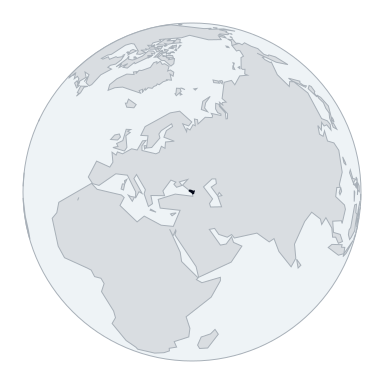 Abkhazia on an orthographic globe
{"feature_id": "GEO-3015", "entity_name": "Abkhazia", "entity_type": "Autonomous Republic", "adm_level": 1, "iso_a3": "GEO", "parent_name": "Georgia", "parent_adm1": "", "projection": "orthographic", "projection_center": [41.203, 42.991], "detail": "fine", "context": "on_globe", "style": "filled", "palette": "ink", "viewbox_px": 384, "rotation_deg": 0, "n_neighbors": 0, "source": "natural_earth", "source_scale": "10m", "svg_char_len": 10983}
<svg xmlns="http://www.w3.org/2000/svg" viewBox="0 0 384 384"><circle cx="192" cy="192" r="169" fill="#eef3f6" stroke="#a8b0b8"/><path d="M163.3,25.5L164.5,25.4L159.9,26.2L161.5,26.1L167.5,25.3L171.0,24.8L184.7,26.4L203.9,28.6L211.4,28.3L208.6,29.4L223.8,28.9L235.1,31.2L221.4,29.2L219.3,29.7L226.6,31.4L226.0,32.2L229.2,33.7L227.8,34.7L219.9,33.9L218.9,34.7L224.1,35.9L226.1,38.0L218.6,36.0L221.2,39.6L208.5,39.8L189.6,35.3L181.6,37.7L159.6,39.5L160.7,40.8L153.0,42.9L151.4,45.3L147.8,45.3L149.6,47.2L153.3,46.8L155.3,47.6L154.7,49.1L149.9,49.2L149.6,48.5L147.9,49.4L145.8,48.9L146.4,50.0L140.8,50.2L145.4,52.3L140.1,54.4L136.6,54.0L138.3,51.0L134.3,44.1L131.3,43.5L125.4,45.2L111.5,54.3L107.6,55.1L101.4,58.4L102.9,59.1L108.3,56.8L109.5,59.3L116.0,56.7L117.5,57.5L123.6,56.4L121.2,59.9L115.6,64.1L110.4,65.3L107.8,67.3L111.5,69.1L100.8,74.8L91.7,84.6L89.1,85.9L86.0,82.6L89.0,74.7L85.0,72.0L86.1,77.3L79.5,81.2L77.8,83.5L77.3,85.6L79.2,85.6L76.6,87.9L74.6,83.0L76.9,80.9L77.5,82.3L78.9,78.8L77.5,76.3L74.2,78.8L75.6,73.4L73.3,75.3L72.3,75.4L75.8,72.6L69.4,77.7L70.5,74.7L68.0,77.2L76.7,68.5L85.9,60.5L95.8,53.1L106.1,46.5L116.8,40.7L128.0,35.6L139.5,31.4L151.3,28.0L163.3,25.5ZM24.2,172.6L23.7,177.9L23.2,185.9L23.1,186.3L24.2,172.6ZM23.1,197.9L25.2,215.8L28.5,230.7L29.8,238.2L29.8,239.2L26.4,225.7L24.2,211.8L23.1,197.9ZM172.6,24.6L167.6,25.2L162.5,25.8L166.7,25.1L172.6,24.6ZM182.3,24.6L179.9,24.8L178.3,24.4L180.2,24.3L182.3,24.6ZM216.9,28.2L212.9,27.6L216.9,27.9L216.9,28.2ZM229.9,33.7L231.2,33.7L232.3,34.5L229.9,33.7ZM124.5,54.6L124.0,55.4L123.1,55.2L124.5,54.6ZM127.5,53.3L126.8,52.4L128.1,51.7L128.6,52.3L127.5,53.3ZM231.2,36.9L232.6,38.4L229.8,36.7L231.2,36.9ZM128.1,54.7L130.6,50.6L133.0,49.5L136.6,50.8L128.1,54.7ZM232.5,39.2L235.9,43.2L239.1,43.3L232.0,45.5L231.4,41.2L227.5,39.0L231.0,39.8L232.5,39.2ZM154.7,46.0L150.8,46.6L154.6,44.8L154.7,46.0ZM156.6,44.8L165.4,38.9L170.8,39.2L166.8,40.9L174.3,40.4L172.6,43.3L168.1,44.3L164.9,43.5L166.7,45.3L156.6,44.8ZM227.5,46.3L227.1,47.3L226.0,46.1L227.5,46.3ZM156.4,47.8L157.7,46.5L162.5,46.5L160.7,49.2L159.7,48.3L156.4,47.8ZM177.0,38.9L180.3,39.6L179.8,42.1L181.0,42.7L173.0,43.4L177.0,38.9ZM158.3,49.0L159.7,50.6L156.9,52.0L155.4,49.1L158.3,49.0ZM164.4,45.5L166.6,45.7L164.8,46.4L164.4,45.5ZM147.7,58.2L149.2,56.4L151.8,56.2L147.7,58.2ZM160.5,51.1L161.4,50.6L162.6,50.4L162.9,51.7L160.5,51.1ZM173.2,45.2L172.4,46.2L176.5,45.1L176.3,47.1L171.0,47.3L173.2,48.1L173.2,48.7L168.9,48.2L173.2,45.2ZM166.9,52.5L160.0,53.7L156.8,57.0L154.3,57.2L160.0,51.9L166.9,52.5ZM168.4,50.0L166.9,51.5L164.7,50.8L164.3,49.3L168.4,50.0ZM178.1,48.5L179.8,45.3L180.9,45.4L178.1,48.5ZM166.4,53.5L168.0,53.2L166.4,53.9L166.4,53.5ZM175.0,50.1L175.4,49.0L176.7,49.1L175.0,50.1ZM171.0,53.7L168.8,54.1L168.4,53.0L171.0,53.7ZM173.2,52.2L174.8,52.7L169.7,52.4L173.2,51.6L173.2,52.2ZM176.1,50.5L177.0,50.2L175.7,51.0L176.1,50.5ZM173.4,57.8L167.0,57.7L166.4,55.3L172.6,55.6L173.4,57.8ZM58.2,246.2L52.2,218.3L56.8,212.7L58.8,202.3L91.5,183.4L97.1,189.3L121.4,195.0L124.2,197.5L120.0,205.5L137.1,221.9L144.2,216.1L161.1,225.2L173.3,226.4L180.1,210.3L160.2,208.1L158.2,199.4L175.2,194.1L192.8,196.3L192.5,193.0L182.6,185.1L187.8,179.4L179.3,181.9L181.9,185.5L176.6,187.3L173.9,184.2L175.9,182.1L170.9,180.1L162.9,190.9L164.6,195.7L150.9,195.5L152.5,203.7L148.4,206.5L144.1,193.8L145.4,189.7L136.5,174.5L133.9,178.6L142.1,193.5L139.0,191.7L135.5,198.2L135.7,191.9L127.4,175.2L115.8,173.8L99.0,185.4L92.6,183.6L88.3,177.0L96.6,161.1L109.8,167.1L112.9,162.2L112.0,152.2L116.1,155.1L117.4,151.9L122.6,153.8L131.6,148.8L137.2,150.0L142.5,140.9L146.0,140.4L141.9,145.8L142.0,150.5L155.9,153.8L159.1,152.4L161.4,146.3L165.0,148.3L165.5,142.0L174.3,141.2L163.9,137.2L166.4,130.6L172.6,126.5L171.6,123.8L161.3,130.6L158.9,134.0L159.9,138.0L151.7,147.5L146.5,148.0L148.0,135.8L140.8,135.4L145.1,126.6L170.1,112.9L179.7,111.2L191.8,122.0L188.6,125.9L182.7,123.8L186.6,131.7L187.0,128.2L190.0,130.0L193.0,124.7L195.3,125.7L194.4,119.0L197.5,119.7L198.0,124.0L205.2,117.3L212.1,117.6L212.6,115.6L211.3,113.4L220.9,115.5L220.9,114.0L217.7,112.7L215.6,108.9L215.7,103.3L219.0,104.3L219.5,106.5L225.4,112.9L226.0,118.9L227.4,118.7L227.6,113.8L220.4,106.0L219.5,102.3L223.4,105.5L221.9,104.0L222.5,102.5L226.2,102.1L222.1,98.5L224.1,82.3L231.5,80.4L234.8,84.8L239.7,75.9L247.6,75.2L244.7,73.9L245.0,69.3L242.6,69.4L241.2,68.4L241.0,57.6L243.5,56.2L240.1,50.9L238.6,50.3L236.5,51.0L232.0,45.5L239.1,43.3L242.1,44.7L244.5,42.8L251.2,46.3L257.8,48.6L263.7,54.2L268.4,55.9L268.8,54.9L275.4,56.9L287.9,64.6L276.1,62.2L257.1,53.2L264.7,57.0L262.5,57.4L264.9,59.7L270.3,62.5L271.3,62.0L277.3,74.7L289.3,86.5L289.7,81.6L293.8,81.8L307.8,92.9L321.6,118.6L327.3,120.8L330.2,124.4L331.0,130.0L326.7,124.8L324.1,126.0L321.6,122.4L321.4,130.2L317.8,125.5L319.5,134.2L323.1,136.3L324.5,130.9L327.5,141.0L333.9,142.9L338.8,150.3L342.2,172.2L339.4,184.3L340.1,187.3L336.8,187.5L335.7,196.6L344.5,205.0L345.4,209.3L342.1,223.5L341.4,220.7L332.7,221.2L333.5,232.4L340.2,234.4L342.5,241.5L338.4,243.3L335.7,237.2L332.6,237.2L331.8,228.1L325.9,217.7L321.7,224.5L320.4,219.0L311.7,212.2L304.7,221.5L294.5,244.1L295.8,258.3L291.1,266.8L278.9,251.5L274.0,238.6L269.2,241.9L256.9,233.1L234.4,238.0L231.6,234.5L227.3,237.2L218.8,234.4L214.6,228.4L209.3,229.4L220.4,245.1L226.2,244.0L231.6,236.7L233.5,242.4L241.9,246.1L231.2,262.1L198.6,277.3L196.1,266.6L174.9,234.9L176.0,231.2L175.9,230.8L175.7,230.0L173.0,235.9L169.6,229.2L180.2,252.2L181.6,261.5L198.1,277.9L196.4,279.6L201.9,282.7L220.4,277.3L220.4,280.7L211.2,297.1L186.1,316.8L189.9,328.3L188.8,336.9L174.2,341.6L176.6,347.1L169.2,348.3L169.4,350.9L164.0,352.7L154.7,353.1L137.7,349.2L135.9,347.2L126.1,340.5L112.1,323.5L115.5,317.7L113.6,311.0L101.5,291.6L104.1,283.6L101.0,278.3L94.6,276.6L91.2,270.1L87.4,268.1L64.5,257.7L58.2,246.2ZM78.8,197.4L77.6,200.4L78.8,197.4ZM210.6,207.0L221.6,206.8L217.9,196.4L221.9,195.6L219.2,192.5L217.6,195.7L211.2,187.1L216.4,183.6L215.7,178.9L212.0,178.9L203.5,186.9L212.6,198.9L209.5,203.5L210.6,207.0ZM39.8,118.7L38.4,121.7L39.0,120.4L39.8,118.7ZM79.6,81.5L79.7,81.9L78.7,84.3L78.1,83.7L79.6,81.5ZM80.5,92.8L76.4,96.2L78.9,93.2L77.3,92.7L80.7,86.1L87.9,86.3L84.0,87.2L80.5,92.8ZM87.2,77.7L84.2,81.6L87.2,77.4L87.2,77.7ZM119.3,134.0L120.5,137.0L117.6,140.0L110.6,139.5L114.7,135.0L119.3,134.0ZM122.8,140.6L126.2,129.3L130.7,129.5L127.6,131.2L130.2,132.5L125.9,135.7L126.9,147.4L124.4,151.0L112.9,147.5L118.0,146.5L116.6,143.5L122.8,140.6ZM127.0,103.2L128.5,99.1L136.2,104.6L133.9,107.8L126.8,107.2L125.4,103.2L127.0,103.2ZM134.0,58.2L134.0,57.0L135.4,56.8L136.4,57.8L134.0,58.2ZM148.2,57.4L135.0,63.7L134.4,62.5L127.3,68.1L123.1,67.3L127.8,63.6L119.2,67.4L121.8,63.7L116.1,66.8L127.1,58.7L129.0,55.8L128.5,59.2L132.3,60.0L134.6,59.5L142.4,56.1L148.5,50.8L153.3,51.1L155.1,52.7L154.4,54.0L151.5,53.3L152.6,55.5L147.8,55.6L148.2,57.4ZM173.1,76.2L170.1,74.1L171.5,80.2L166.7,79.7L167.2,80.4L163.2,81.7L159.2,84.7L157.2,83.9L156.5,85.4L153.8,86.5L152.2,88.3L148.1,87.7L145.7,90.1L145.2,88.5L142.2,92.7L142.6,89.3L139.2,90.6L140.6,93.2L122.7,87.1L114.9,87.7L108.1,90.3L109.7,84.6L117.0,78.7L126.8,74.1L134.1,74.5L133.4,72.0L136.8,71.6L135.9,73.7L139.2,70.3L141.7,70.5L150.4,67.4L153.7,62.7L156.9,61.6L156.9,63.6L160.2,61.2L162.2,64.4L164.6,63.7L169.1,66.4L167.6,71.0L170.3,70.0L173.8,72.2L173.1,76.2ZM174.5,58.6L173.8,63.7L170.9,66.1L164.4,60.5L161.9,60.6L157.7,57.5L162.0,54.3L162.8,55.4L164.7,55.8L162.6,56.6L165.6,56.3L166.8,57.9L169.5,58.2L168.5,59.7L174.5,58.6ZM128.3,195.2L130.6,196.4L134.5,197.1L132.3,201.3L128.3,195.2ZM122.4,183.9L124.7,184.1L123.5,190.0L121.1,189.0L122.4,183.9ZM126.9,179.3L124.9,183.6L124.5,180.7L126.9,179.3ZM144.1,145.7L146.6,145.7L146.4,147.2L144.6,149.0L144.1,145.7ZM176.3,95.7L175.0,93.7L176.0,93.1L176.5,88.2L180.0,88.4L181.1,91.5L176.3,95.7ZM176.2,212.9L172.1,215.8L170.5,214.0L172.2,213.4L176.2,212.9ZM150.7,209.1L156.1,212.2L150.1,210.2L150.7,209.1ZM180.2,95.1L180.0,93.0L181.9,94.4L180.2,95.1ZM182.6,88.4L185.0,89.6L180.5,87.9L182.6,88.4ZM218.3,334.2L207.7,348.0L199.6,348.5L197.6,345.1L201.2,337.0L210.5,333.9L215.0,329.4L218.3,334.2ZM354.8,236.6L355.7,233.9L355.5,234.6L354.8,236.6ZM354.1,238.0L355.3,234.5L353.6,239.8L354.1,238.0ZM355.7,233.2L357.0,228.4L357.5,225.9L357.2,227.3L355.7,233.2ZM353.1,240.4L346.2,253.2L343.0,256.6L344.1,253.4L349.3,245.9L353.1,240.4ZM343.8,253.7L338.4,255.2L328.2,247.5L331.9,244.4L342.1,244.7L341.5,247.2L344.8,247.4L343.8,253.7ZM355.4,224.3L354.8,230.5L351.3,237.2L349.6,239.5L348.4,234.7L349.1,229.9L350.7,227.5L354.7,204.9L356.5,204.2L355.8,212.6L357.1,214.4L355.4,224.3ZM296.6,259.2L300.9,265.2L298.1,268.0L296.6,259.2ZM354.8,192.0L354.2,201.6L354.2,190.5L354.8,192.0ZM353.8,182.8L354.7,185.3L353.4,184.4L353.8,182.8ZM341.6,191.3L340.0,194.7L339.2,192.7L340.7,187.3L341.6,191.3ZM342.6,156.8L345.4,162.6L346.1,165.2L344.0,162.9L342.6,156.8ZM210.2,96.4L205.6,102.8L204.6,108.0L207.7,111.8L201.3,109.5L202.8,101.3L210.2,96.4ZM222.1,83.8L219.3,80.9L221.8,80.6L222.7,81.3L222.1,83.8ZM219.5,83.2L213.7,82.6L213.0,80.0L217.7,80.9L219.5,83.2ZM196.9,88.4L195.3,90.1L193.8,88.9L196.9,88.4ZM360.3,207.2L360.1,208.8L360.0,209.3L360.3,207.2ZM360.4,205.7L360.4,205.9L360.5,204.3L360.5,203.9L360.4,205.7ZM357.8,213.5L358.2,215.6L359.4,209.1L358.5,215.5L358.7,218.1L358.3,221.2L358.1,218.1L357.2,225.3L356.6,227.1L356.8,222.8L357.6,214.4L358.2,209.8L360.0,200.9L357.8,213.5ZM360.7,200.2L360.6,197.5L360.6,193.9L360.8,194.6L360.7,200.2ZM359.3,191.6L357.9,190.2L357.4,195.0L357.7,182.5L359.1,185.8L359.3,191.6ZM356.9,184.2L356.6,188.6L356.4,181.9L356.9,184.2ZM356.0,187.7L355.2,184.8L355.9,183.1L356.0,187.7ZM357.3,182.9L356.0,176.9L357.1,179.0L357.3,182.9ZM352.8,178.5L355.7,179.1L353.3,182.9L349.5,172.7L350.3,169.8L352.8,178.5ZM334.1,122.2L331.9,119.9L331.6,116.9L333.2,119.3L334.1,122.2ZM328.4,106.0L330.8,115.4L332.3,123.5L333.4,123.1L336.8,129.2L333.2,127.2L329.6,118.0L329.1,112.9L325.8,108.3L323.4,102.6L318.9,98.4L316.8,95.0L320.7,97.4L328.4,106.0ZM316.9,96.9L308.2,88.7L309.1,85.5L311.2,86.5L314.8,91.5L314.2,92.9L316.9,96.9ZM306.4,85.9L305.6,87.3L291.3,80.4L288.5,78.2L299.9,81.2L299.8,82.7L303.1,85.1L306.4,85.9ZM229.0,47.6L227.3,47.3L228.5,46.8L229.0,47.6ZM239.8,68.6L238.1,67.3L239.7,66.5L239.8,68.6ZM234.3,63.2L233.8,64.9L233.0,62.7L234.3,63.2ZM232.8,69.0L232.9,65.4L234.8,69.5L232.8,69.0Z" fill="#d9dde1" stroke="#a8b0b8" stroke-width="1"/><path d="M189.8,190.3L190.5,190.5L190.7,190.4L190.8,190.4L191.0,190.5L191.3,190.6L191.6,190.9L191.9,190.9L192.0,190.9L192.1,191.0L192.3,191.0L192.5,191.1L192.7,191.3L192.8,191.3L193.0,191.3L193.3,191.4L193.5,191.4L193.8,191.4L194.0,191.3L194.0,191.5L193.9,191.8L193.7,192.0L193.5,192.3L193.5,192.5L193.5,192.8L193.6,193.0L193.3,193.4L193.1,193.5L192.9,193.6L192.6,193.0L192.6,192.9L192.5,192.7L192.4,192.7L192.2,192.7L191.9,192.6L191.8,192.4L191.7,192.2L191.4,192.0L191.4,191.9L191.1,191.7L190.9,191.7L190.7,191.7L190.4,191.6L190.2,191.5L190.1,191.4L190.0,191.2L189.9,191.1L189.7,191.0L189.6,190.9L189.4,190.8L189.6,190.4L189.8,190.3Z" fill="#0f172a" stroke="#020617" stroke-width="1.5"/></svg>